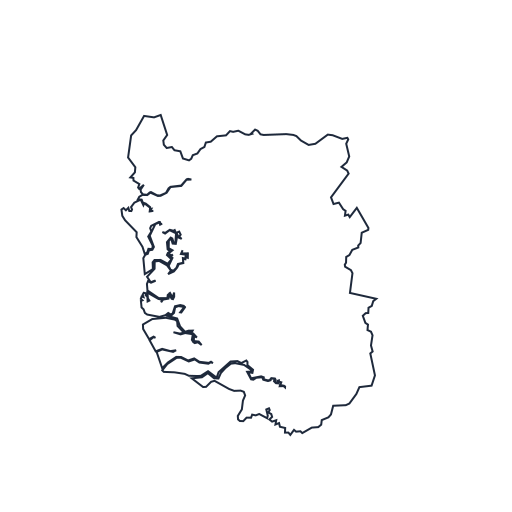 outline of Machala, El Oro, Ecuador, rotated 328°
{"feature_id": "8360857B54520179219696", "entity_name": "Machala", "entity_type": "district", "adm_level": 2, "iso_a3": "ECU", "parent_name": "Ecuador", "parent_adm1": "El Oro", "projection": "mercator", "projection_center": [-79.976, -3.314], "detail": "fine", "context": "isolated", "style": "outline", "palette": "slate", "viewbox_px": 512, "rotation_deg": 328, "n_neighbors": 0, "source": "geoboundaries", "source_scale": "gbopen_adm2", "svg_char_len": 6161}
<svg xmlns="http://www.w3.org/2000/svg" viewBox="0 0 512 512"><g transform="rotate(328 256 256)"><path d="M247.3,127.1L242.9,123.1L242.4,119.0L237.5,117.1L236.8,112.8L238.6,108.9L244.8,106.3L249.9,85.9L243.0,84.4L235.3,77.9L221.0,85.7L214.0,87.6L199.7,104.7L200.7,116.8L197.6,120.9L191.1,122.8L193.4,124.8L192.1,127.1L195.2,133.2L192.3,135.5L192.5,137.1L198.6,136.2L193.2,138.6L192.3,140.9L192.8,143.9L196.1,146.4L199.5,145.8L200.8,146.1L204.2,152.0L206.6,153.8L213.1,154.8L217.7,152.3L220.1,152.0L229.9,156.6L237.8,154.2L239.3,154.6L241.7,156.9L237.5,154.5L229.8,157.0L220.0,152.2L213.7,155.0L207.0,154.4L204.6,153.1L200.0,146.3L196.1,146.7L192.0,144.0L188.4,143.9L185.8,145.4L188.9,147.7L188.3,150.6L190.3,153.2L192.1,158.4L191.2,160.0L192.3,160.5L190.2,161.6L192.8,163.3L189.5,161.9L191.8,158.9L189.6,153.1L188.8,152.3L187.4,153.3L188.1,147.1L181.1,146.3L176.0,148.3L175.5,150.9L174.1,151.8L172.4,150.7L173.3,147.5L169.9,148.3L169.1,145.2L166.5,145.3L163.9,151.1L163.9,156.3L167.4,172.6L164.6,176.6L164.6,188.1L162.7,195.5L165.9,195.2L168.6,192.9L170.9,194.6L172.6,194.4L173.9,192.3L174.9,182.4L180.2,179.8L181.0,176.3L183.1,174.9L191.8,175.7L192.5,176.3L191.7,178.4L193.6,178.8L191.3,178.6L192.0,176.4L187.5,175.6L176.6,182.5L174.2,194.2L171.4,195.8L168.2,194.5L165.4,196.8L162.7,196.3L159.3,198.1L152.1,212.4L161.6,212.5L165.0,206.6L167.8,205.6L173.0,208.8L177.0,215.8L182.6,214.0L181.0,208.0L182.9,206.7L185.7,206.9L184.6,203.5L187.8,197.1L193.4,195.2L194.3,196.8L193.1,201.5L194.4,202.4L200.2,194.4L196.4,188.3L190.8,188.8L189.3,186.1L191.3,188.3L196.8,188.1L199.3,190.8L200.8,190.9L200.3,194.0L203.8,194.6L203.4,198.0L201.1,198.8L202.0,202.1L200.3,199.6L200.6,196.4L194.4,203.2L191.9,201.3L193.2,196.2L190.2,196.8L186.1,203.1L188.2,206.9L183.0,207.5L184.4,210.5L186.2,210.7L184.4,211.2L182.3,209.0L184.1,213.4L176.7,218.1L176.2,222.3L178.1,224.7L182.2,223.9L185.6,221.4L190.7,223.1L192.9,219.0L194.6,220.7L196.0,219.1L197.4,220.6L198.9,217.6L197.1,217.6L193.4,214.5L196.8,212.2L194.1,214.2L199.6,217.7L197.2,221.4L196.0,219.8L194.4,221.4L192.7,219.7L190.6,223.5L186.3,222.0L183.0,224.0L178.2,225.6L171.9,224.8L175.1,223.7L176.2,224.5L175.6,216.8L171.3,208.9L167.2,206.9L163.2,213.1L152.6,215.9L152.8,222.5L156.8,223.2L157.7,223.8L152.8,223.0L151.1,220.1L148.7,221.9L145.7,227.7L151.2,240.2L158.5,244.8L160.5,242.3L163.5,241.8L163.2,247.1L167.2,243.6L165.0,247.2L162.7,248.6L161.8,247.6L162.0,242.9L159.2,245.8L154.1,243.7L151.0,245.0L153.2,243.4L150.5,240.7L144.5,229.5L141.9,234.6L141.9,237.3L140.0,237.1L142.2,233.2L141.7,230.6L143.3,229.7L141.3,227.7L139.3,228.8L138.8,231.2L137.6,229.7L135.6,231.3L136.2,233.4L134.6,233.1L131.7,239.0L132.4,241.7L131.6,245.4L132.7,248.0L141.9,256.5L147.9,258.2L151.4,257.8L152.7,260.4L154.9,260.6L160.7,255.7L165.7,257.4L168.3,260.0L168.5,261.9L162.7,264.3L161.9,263.6L168.2,261.2L163.7,257.4L160.2,256.7L156.3,260.8L153.4,261.4L151.9,261.2L150.9,258.6L149.0,259.7L156.0,267.2L154.3,275.5L155.7,282.7L159.3,283.6L162.7,285.7L161.6,286.3L158.8,283.9L156.8,284.1L161.7,288.4L162.7,293.7L160.9,291.2L158.2,295.2L162.1,298.2L162.7,302.7L161.0,298.4L157.9,297.4L157.2,295.8L157.2,293.1L160.6,289.3L160.3,288.3L155.1,283.8L150.5,282.5L145.6,276.9L150.4,281.5L154.3,282.8L152.4,273.8L154.6,269.4L153.4,266.9L146.8,260.6L134.6,254.5L123.8,254.2L121.6,258.1L121.3,269.9L126.4,270.1L127.4,272.1L126.1,270.5L121.1,271.1L120.4,283.7L127.2,285.0L133.0,291.3L138.3,293.6L134.9,293.4L126.9,285.5L120.9,284.7L117.0,301.4L125.1,299.6L134.9,299.3L139.0,302.0L143.0,308.6L149.3,310.1L151.9,315.7L159.3,321.6L161.8,321.8L162.7,324.0L161.4,322.2L158.5,322.1L151.5,316.3L149.3,311.3L143.1,309.8L138.3,302.4L134.8,300.3L123.5,300.6L115.9,303.3L116.4,305.4L125.3,311.5L133.1,318.2L135.6,322.0L142.8,326.8L145.7,328.4L154.3,328.3L157.8,337.4L159.1,337.6L162.7,334.7L178.5,332.0L184.6,335.3L186.8,339.0L192.4,339.5L192.6,341.4L190.9,344.0L193.2,350.9L191.0,353.2L187.8,350.5L187.0,357.1L196.6,360.8L198.3,363.0L197.2,364.6L199.9,367.5L201.6,368.5L204.3,367.7L207.1,369.9L207.0,371.3L205.5,371.7L206.0,374.1L207.3,375.0L208.1,373.3L209.5,373.6L208.9,374.7L210.5,376.5L207.5,378.8L209.3,379.3L211.0,380.9L211.5,382.1L211.0,382.8L210.5,381.0L207.1,379.0L209.8,376.2L208.4,374.0L207.2,375.7L205.5,374.4L204.9,371.7L206.8,370.2L204.0,367.9L202.5,369.1L199.9,368.4L196.6,364.8L197.0,362.1L191.7,359.4L188.2,359.5L186.5,358.0L187.1,349.5L191.2,351.8L191.4,349.5L188.2,342.1L181.6,335.9L177.7,334.0L170.7,334.8L164.2,336.6L159.2,340.0L155.6,337.4L153.1,329.8L145.9,330.2L136.7,325.7L141.7,339.1L144.3,340.5L151.3,338.9L154.7,339.9L162.7,354.5L166.0,358.8L171.6,362.0L173.7,364.7L172.9,368.5L168.3,371.7L162.7,378.6L155.8,382.0L154.2,385.1L154.9,387.4L157.7,389.3L162.3,388.1L166.1,390.5L168.7,388.5L171.3,391.0L175.0,391.7L179.5,399.5L181.4,397.6L183.4,391.6L186.3,392.0L186.0,393.9L183.5,395.2L185.2,398.1L184.4,401.0L180.7,401.7L181.9,405.0L186.1,406.0L183.2,409.2L187.0,409.9L185.8,413.5L189.6,417.3L187.0,421.1L189.9,422.9L190.3,425.9L196.1,423.6L196.9,426.2L200.8,428.2L201.4,430.7L212.4,431.1L218.1,434.1L221.9,433.6L224.8,430.0L231.9,431.2L235.6,430.1L242.1,423.9L253.1,430.1L257.0,430.6L268.0,426.2L274.2,422.0L285.3,427.2L293.6,420.3L301.3,399.2L304.3,398.8L306.1,392.8L312.8,385.0L313.4,381.1L311.3,377.9L314.6,373.5L313.3,370.7L314.9,363.3L318.7,362.6L321.0,363.8L324.0,359.5L327.7,359.7L331.5,356.4L335.3,356.0L316.1,337.1L328.7,321.7L329.0,318.3L325.9,312.3L326.7,310.4L328.8,309.4L332.0,304.6L335.7,304.7L340.9,301.8L347.3,303.0L348.2,301.3L351.6,300.4L358.0,292.3L365.0,293.3L366.2,291.8L367.0,268.6L356.1,272.7L356.2,269.8L352.8,268.9L355.9,265.2L354.7,262.5L354.6,254.7L349.3,253.0L350.7,246.0L378.2,235.2L378.6,231.9L375.7,225.7L382.5,224.7L387.8,221.0L392.0,208.6L396.0,206.0L396.1,204.2L391.2,202.4L385.0,194.2L381.2,191.1L365.8,192.3L359.5,189.7L355.3,181.9L353.8,175.7L351.8,173.1L346.3,168.7L326.6,157.4L324.3,155.2L323.8,150.7L322.2,148.3L317.1,149.5L317.4,150.3L314.0,149.4L311.3,147.1L307.4,140.4L302.4,138.6L300.1,136.3L294.5,137.8L286.3,133.8L278.2,135.1L273.6,133.2L270.0,136.2L265.6,135.9L260.6,138.0L255.8,137.0L252.6,139.2L249.9,139.4L245.7,134.6L247.3,127.1Z" fill="none" stroke="#1e293b" stroke-width="2"/></g></svg>